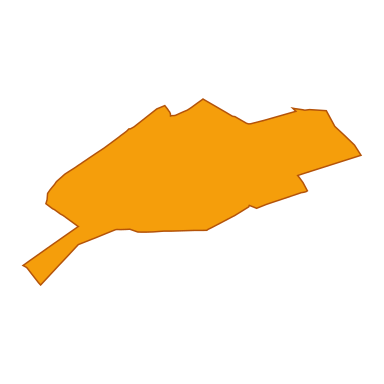 the district of Varakļāni, Varaklanu, Latvia
{"feature_id": "27541924B76444733337107", "entity_name": "Varakļāni", "entity_type": "district", "adm_level": 2, "iso_a3": "LVA", "parent_name": "Latvia", "parent_adm1": "Varaklanu", "projection": "natural_earth1", "projection_center": [26.753, 56.603], "detail": "fine", "context": "isolated", "style": "filled", "palette": "amber", "viewbox_px": 384, "rotation_deg": 0, "n_neighbors": 0, "source": "geoboundaries", "source_scale": "gbopen_adm2", "svg_char_len": 2281}
<svg xmlns="http://www.w3.org/2000/svg" viewBox="0 0 384 384"><path d="M292.7,108.2L295.9,111.3L285.7,114.2L282.2,115.2L264.3,120.3L250.6,123.8L248.6,123.9L246.5,123.3L234.9,116.6L232.6,116.3L230.0,114.8L227.3,113.2L227.2,113.1L215.5,106.3L204.1,99.7L203.9,99.6L203.4,99.3L203.0,99.0L202.1,99.7L196.8,103.5L191.5,107.4L189.4,108.8L187.2,110.2L183.8,111.6L180.4,113.1L177.8,114.3L175.3,115.4L174.6,115.5L173.9,115.6L173.0,115.6L172.1,115.6L170.5,116.0L170.4,113.7L169.5,111.8L168.6,110.7L167.5,109.0L164.8,105.6L156.8,108.9L134.1,126.8L132.7,127.6L131.4,128.3L131.0,128.5L130.6,128.8L128.9,128.9L126.6,131.2L125.3,132.2L124.4,132.9L120.3,135.9L119.8,136.4L117.0,138.5L105.9,146.7L104.3,147.9L98.1,152.0L96.0,153.4L93.9,154.8L93.7,155.0L93.4,155.2L93.2,155.3L89.9,157.5L88.4,158.5L87.0,159.5L86.9,159.6L86.4,159.9L84.3,161.3L82.5,162.5L81.0,163.6L79.1,164.8L74.6,167.9L73.5,168.6L69.7,171.0L65.5,173.7L65.4,173.8L64.8,174.2L63.3,175.5L61.8,176.9L60.3,178.2L58.5,179.8L57.1,181.0L56.2,182.0L55.9,182.3L55.2,183.5L54.0,185.1L52.3,187.1L51.0,188.7L50.1,189.8L49.7,190.4L47.6,193.4L47.3,196.9L47.1,199.6L45.9,203.7L52.1,208.4L52.8,208.9L54.0,209.4L54.4,209.6L60.4,214.0L63.0,215.4L67.8,218.9L77.8,226.2L78.3,226.5L65.0,235.8L54.0,243.5L47.6,248.0L30.5,260.1L23.0,265.5L25.8,267.0L26.5,267.5L27.1,268.0L31.1,273.2L38.5,282.7L40.6,285.0L41.0,284.6L59.1,265.1L63.3,260.7L78.1,244.8L78.7,244.4L80.1,243.9L91.7,239.3L95.6,237.8L100.7,235.7L105.8,233.6L115.2,229.8L116.0,229.6L116.9,229.5L117.7,229.5L120.6,229.6L126.5,229.4L129.8,229.2L137.7,232.0L140.9,232.1L141.3,232.1L141.7,232.1L142.0,232.1L142.3,232.1L142.6,232.1L142.8,232.1L146.5,232.1L153.1,231.9L164.1,231.1L171.7,231.1L194.4,230.4L195.7,230.4L202.3,230.4L206.6,230.3L207.5,229.9L207.8,229.5L211.9,227.5L233.6,216.1L233.9,216.0L234.3,215.8L234.5,215.7L237.7,213.7L248.7,206.9L249.3,205.4L253.7,207.1L256.6,208.3L266.4,204.4L271.7,202.6L277.1,200.8L277.8,200.6L299.4,193.3L300.2,193.1L300.6,192.8L303.6,192.3L304.9,192.0L306.2,191.6L307.4,190.8L307.2,190.5L303.0,182.6L299.3,177.5L297.7,175.5L302.2,174.0L333.6,164.0L361.0,155.3L354.5,145.1L344.9,135.8L334.8,126.4L326.3,110.7L318.8,110.2L309.5,109.6L304.9,110.2L303.8,110.0L303.1,109.8L296.3,108.8L295.4,108.7L292.7,108.2Z" fill="#f59e0b" stroke="#b45309" stroke-width="1.5"/></svg>